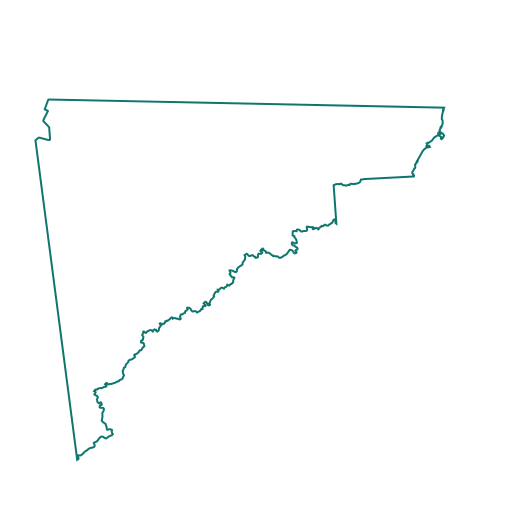 the border of Yukon, rotated 83°
{"feature_id": "CAN-636", "entity_name": "Yukon", "entity_type": "Territory", "adm_level": 1, "iso_a3": "CAN", "parent_name": "Canada", "parent_adm1": "", "projection": "albers", "projection_center": [-131.937, 64.827], "detail": "fine", "context": "isolated", "style": "outline", "palette": "teal", "viewbox_px": 512, "rotation_deg": 83, "n_neighbors": 0, "source": "natural_earth", "source_scale": "10m", "svg_char_len": 6087}
<svg xmlns="http://www.w3.org/2000/svg" viewBox="0 0 512 512"><g transform="rotate(83 256 256)"><path d="M84.6,447.8L75.8,443.3L75.5,442.9L75.5,442.1L131.7,51.2L133.2,51.9L133.0,52.1L133.5,52.5L134.0,52.6L133.9,52.3L134.3,52.1L136.8,53.4L140.2,54.5L142.8,54.9L144.0,54.3L147.4,54.6L151.9,56.9L149.4,55.7L150.4,57.0L155.2,58.8L156.0,60.1L158.2,60.5L160.0,64.6L163.1,67.6L164.7,71.0L165.0,72.7L165.7,72.2L166.5,72.3L166.5,72.6L166.2,72.6L167.3,73.3L167.4,72.8L167.8,72.5L168.3,70.7L167.5,71.2L167.9,70.5L168.5,70.3L169.0,70.5L169.1,71.3L169.1,73.2L169.3,73.7L170.4,75.8L172.2,77.8L180.4,83.8L181.8,84.0L182.4,84.6L181.7,84.5L181.6,84.8L183.5,85.8L184.6,87.0L187.1,87.0L188.1,87.4L188.5,88.3L189.3,88.6L191.6,90.6L192.9,90.8L193.9,89.9L195.0,90.2L194.9,89.6L195.5,89.3L196.3,89.6L192.8,139.6L193.0,140.9L192.9,142.5L195.2,143.7L195.6,144.2L196.3,146.1L196.4,148.5L196.7,149.2L196.4,149.7L196.2,151.7L195.8,153.3L197.0,154.6L196.9,155.2L196.6,155.4L197.2,158.1L196.7,158.9L196.3,161.1L194.9,162.3L194.5,162.9L194.5,163.4L195.0,164.3L194.5,165.8L194.6,166.6L194.4,167.8L194.9,169.0L195.2,170.3L233.7,172.3L233.0,173.0L230.1,172.9L229.3,173.8L229.4,174.3L229.6,174.6L232.0,176.1L232.6,176.8L232.7,177.5L233.3,178.2L233.7,179.6L234.5,180.5L234.6,181.0L234.3,182.4L233.4,183.4L233.3,184.0L234.6,186.0L234.1,187.0L234.2,187.4L235.0,187.9L235.7,189.8L237.2,190.8L237.0,191.2L235.8,192.1L235.4,192.8L235.5,193.7L236.3,195.3L236.4,196.0L236.0,196.4L234.7,195.6L234.2,196.3L234.0,198.6L233.0,201.6L233.3,202.1L234.0,202.2L236.2,202.0L237.0,202.5L237.3,203.8L237.0,205.5L237.3,207.2L237.1,208.4L235.4,209.7L235.0,210.6L234.7,211.8L235.1,212.4L236.3,212.7L235.8,215.5L236.1,216.5L240.0,217.2L240.6,216.5L240.8,215.8L241.0,215.5L241.8,215.6L244.5,214.1L247.5,213.8L248.1,214.0L248.3,215.0L248.1,216.0L246.8,218.3L247.2,218.8L248.3,219.0L249.9,218.4L250.1,217.2L250.4,216.5L251.4,215.9L252.8,214.1L253.9,213.8L254.6,214.3L254.9,215.7L255.6,216.2L257.2,215.3L257.9,215.7L258.1,216.6L258.1,217.5L257.9,217.7L255.0,219.3L254.1,220.8L254.0,221.8L257.5,224.9L258.8,227.1L259.0,228.4L260.0,229.7L260.9,232.4L260.3,233.5L259.0,234.5L259.0,235.8L258.4,237.1L258.2,239.0L257.6,239.1L257.3,239.9L254.5,242.6L254.1,243.7L254.1,245.5L252.4,245.9L251.2,247.8L250.0,247.9L250.2,248.3L251.1,248.7L251.2,249.2L251.0,249.4L249.9,249.5L251.1,250.9L251.5,250.9L251.6,250.4L251.8,250.3L252.7,250.2L253.4,249.5L254.0,249.9L254.5,250.9L254.0,253.2L255.3,254.0L257.3,254.2L257.5,254.7L257.9,256.3L257.7,256.7L256.6,257.0L256.1,258.3L254.8,259.1L254.7,260.0L255.2,261.6L255.2,262.7L254.8,263.3L252.9,264.5L252.7,265.1L252.8,265.4L253.8,267.3L255.1,266.7L258.1,267.4L261.0,270.1L262.9,270.5L265.0,274.7L266.6,276.4L268.6,276.8L269.6,277.9L269.1,279.2L268.0,280.6L267.4,281.9L267.0,283.6L267.1,284.0L269.6,283.4L270.8,284.4L271.1,284.3L271.7,283.7L272.8,283.5L273.3,282.7L274.3,282.3L274.5,280.6L275.0,280.1L277.4,281.6L279.4,281.9L280.9,284.0L280.8,284.7L282.1,286.1L281.0,288.0L282.6,288.7L283.4,291.0L284.5,291.8L283.3,293.5L283.3,294.4L283.6,295.0L284.9,296.6L284.8,298.0L286.1,297.6L286.8,297.8L286.9,298.3L286.5,299.3L286.6,300.0L287.2,300.9L290.2,302.9L291.1,302.5L292.9,304.3L293.6,305.6L294.3,306.3L297.3,308.0L298.7,307.5L299.0,307.8L299.3,308.7L299.1,309.4L298.7,309.8L297.4,309.8L297.1,310.5L296.0,310.7L295.3,311.7L295.3,312.2L296.6,313.7L298.8,312.1L299.5,312.3L299.6,312.7L299.3,313.7L299.7,314.4L299.6,315.0L302.2,315.6L302.2,317.1L303.5,317.9L304.9,321.4L303.5,322.5L303.3,323.1L303.2,323.7L303.4,325.5L303.2,325.9L302.2,326.8L300.5,327.4L299.3,328.5L298.9,330.5L299.3,330.8L300.7,330.4L301.1,330.7L302.3,333.0L303.7,333.4L304.8,336.4L305.1,336.8L304.9,337.5L305.0,337.8L307.1,338.9L308.6,338.4L309.4,338.5L309.7,339.6L308.6,341.5L308.5,342.6L307.8,343.7L307.6,345.5L308.0,346.2L306.8,346.5L306.7,347.2L306.9,347.9L308.1,349.1L309.5,351.6L309.6,351.9L309.3,352.2L309.7,353.1L309.8,354.0L310.8,354.1L311.2,354.9L311.9,355.3L311.9,356.6L312.5,357.2L312.5,358.1L311.3,358.7L311.1,359.3L311.4,359.8L313.3,358.8L315.7,360.9L317.5,361.4L318.4,362.1L319.0,363.2L318.5,364.0L317.1,364.2L316.9,365.4L316.5,365.7L317.0,366.8L318.3,367.6L317.3,368.5L316.8,369.3L316.6,370.0L317.3,372.4L318.3,374.0L318.9,374.6L318.6,375.3L317.4,376.3L317.2,376.8L317.3,377.1L318.3,377.1L320.5,378.6L322.7,377.6L324.5,378.4L325.1,378.3L325.7,378.9L326.1,380.3L327.5,380.7L327.9,380.6L328.5,378.6L329.3,378.0L332.0,377.8L332.9,379.4L335.5,381.4L335.4,382.8L335.6,383.1L336.6,383.7L337.7,384.9L338.6,386.5L339.0,388.5L339.5,389.0L340.8,388.4L341.8,388.7L343.5,391.8L343.7,393.8L344.3,395.2L345.7,395.7L348.0,398.5L350.2,399.2L350.9,400.8L352.6,401.4L353.5,402.3L356.7,402.3L358.2,401.5L361.7,403.7L362.1,404.6L362.5,406.5L363.7,407.6L363.7,409.1L364.6,411.2L365.4,415.2L365.1,416.6L365.5,417.7L365.0,418.8L364.0,419.4L363.8,419.8L363.9,420.2L364.9,421.4L366.2,420.3L367.3,420.5L367.5,422.9L368.4,425.2L368.1,426.6L368.4,429.2L369.2,429.9L369.0,431.0L369.3,432.1L370.4,433.1L371.0,432.1L371.6,431.8L372.4,432.1L373.4,433.2L373.7,433.3L375.7,430.8L376.9,430.1L379.0,431.4L381.6,431.1L382.4,430.7L382.9,429.9L382.8,429.2L382.3,428.3L382.3,427.8L383.1,427.4L384.7,427.2L385.0,427.5L385.0,428.8L385.5,429.3L387.1,429.6L387.6,429.2L388.0,426.8L388.4,426.0L389.1,425.6L390.7,425.9L393.2,427.7L396.7,427.9L400.6,429.2L402.2,428.2L404.1,425.9L407.3,425.2L410.0,425.1L410.4,424.7L410.1,423.0L410.1,422.0L410.8,420.5L411.2,420.1L412.4,420.6L414.2,420.4L415.4,419.8L416.2,420.8L417.3,424.3L418.8,426.9L418.4,428.1L416.6,430.1L416.4,431.7L417.4,433.4L420.3,436.1L420.9,437.4L421.6,439.7L424.3,439.2L425.1,439.4L425.8,440.0L426.2,441.2L426.3,443.6L426.9,445.4L428.2,447.4L429.4,449.9L431.6,452.4L432.6,454.6L432.6,455.2L432.0,457.1L432.1,458.0L432.8,458.1L434.7,456.8L435.4,456.8L436.0,457.3L436.5,458.3L114.3,460.8L112.1,457.4L112.2,456.3L115.5,448.2L115.7,447.3L115.5,446.4L115.1,446.2L103.0,445.6L96.2,450.6L95.2,450.5L86.8,444.9L86.5,445.0L84.9,447.6L84.6,447.8ZM159.4,54.6L162.0,56.5L162.6,57.6L162.1,58.2L160.3,57.7L158.8,59.6L158.4,59.6L157.5,58.7L156.9,57.3L155.7,57.7L157.7,55.4L159.4,54.6Z" fill="none" stroke="#0f766e" stroke-width="2"/></g></svg>